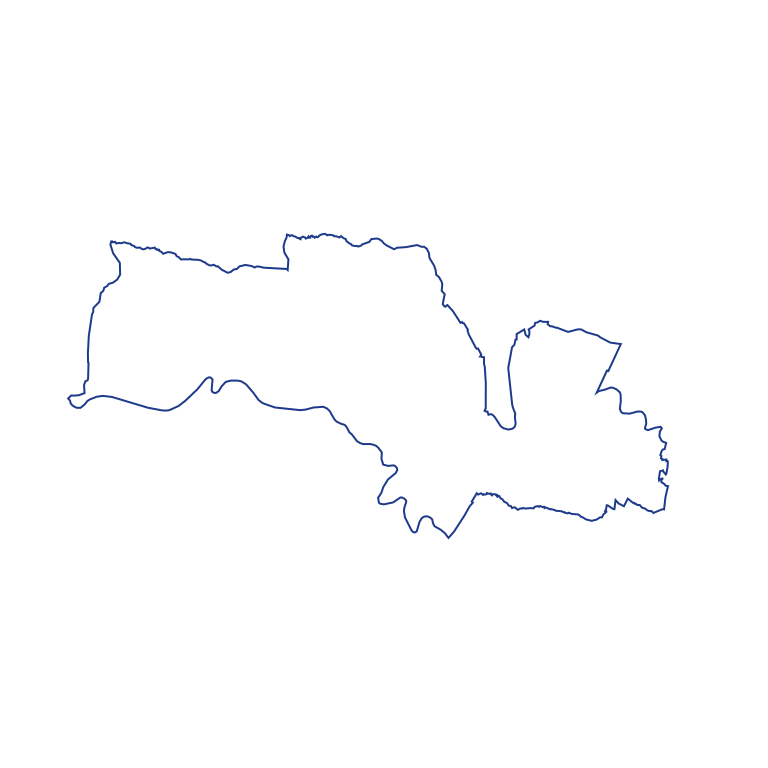 Balcesti, Vâlcea, Romania, rotated 113°
{"feature_id": "2599482B45967319864847", "entity_name": "Balcesti", "entity_type": "district", "adm_level": 2, "iso_a3": "ROU", "parent_name": "Romania", "parent_adm1": "Vâlcea", "projection": "mercator", "projection_center": [23.929, 44.618], "detail": "fine", "context": "isolated", "style": "outline", "palette": "blue", "viewbox_px": 768, "rotation_deg": 113, "n_neighbors": 0, "source": "geoboundaries", "source_scale": "gbopen_adm2", "svg_char_len": 6136}
<svg xmlns="http://www.w3.org/2000/svg" viewBox="0 0 768 768"><g transform="rotate(113 384 384)"><path d="M524.5,654.0L519.8,651.6L515.4,650.3L513.2,648.8L508.0,643.5L504.8,638.2L502.2,629.3L498.1,592.2L495.1,578.4L493.8,574.5L491.9,571.3L484.6,564.6L477.2,560.4L462.0,553.8L448.8,549.9L446.3,547.8L445.8,546.1L446.8,543.6L457.2,540.2L458.4,538.8L458.5,536.5L457.7,535.0L455.1,533.4L449.4,532.5L443.9,530.5L440.6,526.1L438.2,520.4L437.3,516.6L438.2,510.8L443.2,500.7L447.7,493.3L448.8,489.3L449.0,486.8L448.2,475.1L440.7,450.6L438.0,445.9L433.2,439.7L428.7,431.0L428.8,426.9L430.1,423.4L435.8,416.0L437.1,413.1L437.4,408.5L437.0,404.1L438.5,401.2L441.9,397.1L443.1,393.6L447.2,386.5L447.7,383.1L447.5,379.8L444.7,373.4L444.0,369.4L444.0,366.9L445.0,364.1L447.8,359.3L453.8,357.1L458.5,353.3L457.8,348.2L455.2,343.5L455.1,341.8L456.1,339.5L457.9,338.2L461.4,338.4L470.2,343.0L479.2,344.4L485.3,343.9L491.1,345.0L495.3,342.2L495.7,340.6L494.8,337.0L489.4,329.3L482.1,324.6L481.5,323.3L481.5,320.9L482.4,318.4L483.6,317.5L490.1,316.9L493.4,315.9L498.7,312.5L508.1,301.3L508.9,299.5L508.6,297.5L506.8,296.3L497.0,297.4L492.7,296.8L490.2,295.1L488.8,292.1L489.0,289.0L489.8,286.7L493.1,284.4L495.2,281.9L496.0,274.8L497.5,269.8L500.5,264.5L492.3,261.8L473.4,258.5L463.2,257.4L458.5,255.9L457.9,257.3L448.3,255.9L449.0,254.2L446.7,251.9L447.4,249.5L446.5,249.2L446.4,248.0L445.4,246.5L444.2,246.7L444.1,244.4L443.1,243.1L444.0,242.2L444.2,241.0L443.1,241.1L441.9,238.1L442.5,237.5L442.0,236.6L443.2,236.2L443.5,235.5L442.4,234.9L442.1,234.1L443.7,232.2L443.8,230.1L445.4,227.3L445.6,224.0L447.2,221.8L446.9,219.4L448.1,217.7L446.4,215.5L447.5,211.6L445.2,209.8L444.7,208.2L443.7,207.6L443.6,205.6L440.9,200.4L440.1,197.8L438.2,197.3L436.3,194.7L436.5,193.4L435.3,192.6L435.4,190.0L434.5,188.7L435.4,187.8L434.5,187.2L434.4,181.9L433.9,181.3L433.3,177.7L433.6,176.6L431.7,170.6L432.0,168.9L431.4,167.9L431.8,167.1L431.3,164.3L430.2,163.5L430.3,160.7L428.3,154.5L428.4,152.9L429.3,150.8L429.0,150.0L429.7,145.0L428.8,139.3L425.6,135.2L422.4,133.1L421.6,131.3L418.4,131.1L414.9,129.4L414.4,129.6L414.6,130.8L414.0,130.8L413.9,130.3L408.6,131.6L408.3,130.7L409.5,124.3L409.2,123.0L400.4,125.5L402.3,121.3L402.8,115.4L394.3,114.8L396.1,108.3L395.6,107.3L396.3,106.6L395.8,105.5L396.4,103.7L395.5,101.2L397.0,98.2L396.7,94.9L397.4,92.3L397.3,90.0L396.4,88.2L397.5,85.7L390.4,78.7L390.0,77.2L378.2,80.7L367.0,82.7L367.6,84.9L366.6,86.7L365.9,90.4L363.9,91.1L361.7,90.3L363.8,92.6L365.2,93.1L363.4,94.1L356.4,95.8L354.5,93.4L355.4,92.8L357.2,89.2L356.7,89.0L349.3,90.6L344.3,92.5L344.1,93.4L344.6,94.0L343.2,94.6L345.2,98.1L344.3,98.4L344.2,100.0L341.9,100.5L341.6,101.8L337.0,102.2L335.2,101.6L334.2,100.2L327.9,101.3L328.1,104.4L327.6,106.5L324.6,110.0L320.0,111.5L316.3,110.9L315.4,112.8L318.0,116.9L323.4,123.1L323.3,126.1L322.2,126.7L318.0,127.1L314.0,129.2L310.9,131.5L309.0,134.9L309.0,136.6L310.1,139.6L315.3,146.3L317.6,152.7L317.0,155.0L314.6,157.2L307.1,159.4L301.6,161.9L299.6,163.4L298.1,167.9L298.0,171.7L298.7,174.0L303.2,178.8L306.5,183.4L308.8,184.8L284.5,184.0L284.5,182.6L254.7,181.6L257.5,192.0L256.5,203.5L255.8,205.9L257.3,218.1L256.7,223.7L257.8,226.7L264.1,234.9L264.6,246.9L265.0,247.6L265.3,252.2L265.9,253.4L265.0,256.7L262.7,257.2L264.7,262.1L264.8,264.9L267.6,267.1L268.6,268.7L271.5,268.3L277.3,272.2L278.8,270.7L281.6,269.6L284.5,269.4L283.4,272.8L279.0,276.2L286.2,281.4L291.2,279.3L291.8,280.3L296.9,279.3L300.1,280.5L320.7,275.9L352.1,258.4L354.8,256.6L360.0,251.6L363.3,250.6L369.3,247.2L372.5,247.0L375.1,248.4L377.4,251.8L378.0,256.8L377.3,260.0L371.3,268.9L370.2,271.4L369.9,273.1L370.3,274.5L371.5,275.8L368.9,278.0L369.5,279.2L369.4,280.9L366.8,280.8L343.5,290.6L328.9,297.9L326.6,299.7L320.3,302.4L320.9,304.6L320.5,305.2L321.0,306.2L319.0,305.9L314.6,311.3L315.3,312.3L314.8,313.6L305.2,325.4L302.0,328.1L301.2,328.0L296.9,334.1L297.2,335.4L296.5,336.4L297.8,337.5L290.0,349.0L286.7,356.1L286.6,356.7L288.8,357.6L288.9,358.8L287.4,361.2L277.6,363.2L275.7,367.3L269.5,369.3L267.5,370.7L264.0,375.3L263.1,378.6L259.0,381.0L255.5,384.1L250.1,391.5L245.9,393.8L242.8,397.5L242.0,400.6L243.0,402.9L243.2,407.8L249.5,417.4L253.4,425.1L256.0,427.4L255.4,435.8L254.6,439.1L253.2,441.8L252.5,445.8L253.1,447.8L255.5,452.2L259.0,453.1L264.1,458.7L265.3,458.9L267.5,461.3L267.4,462.8L268.1,463.7L268.9,467.6L268.1,469.2L268.1,471.0L267.0,474.6L265.6,475.8L265.5,478.5L264.6,481.3L266.5,482.2L266.7,485.5L267.5,487.6L267.0,488.3L267.5,491.3L268.6,493.8L269.3,494.3L268.8,496.9L270.5,499.7L272.4,501.4L274.4,502.1L275.0,502.7L274.8,504.0L276.4,505.0L275.8,506.0L276.3,507.1L275.5,508.0L275.9,508.8L276.8,509.4L278.1,509.0L278.6,510.2L277.8,511.2L279.3,511.4L280.7,512.8L280.0,513.9L280.0,516.2L282.0,517.7L283.4,517.5L283.4,518.5L282.8,519.3L283.4,520.7L283.0,523.4L283.3,525.4L282.9,526.5L283.5,527.7L284.7,528.5L284.2,529.3L284.4,531.7L287.3,530.9L291.2,531.1L296.7,530.2L301.9,527.1L306.6,520.7L316.7,517.2L316.2,518.7L323.9,540.1L324.8,545.3L325.7,547.3L327.2,548.4L327.2,552.2L328.6,558.2L332.3,563.1L335.5,564.3L337.4,567.1L340.7,568.8L342.7,571.3L342.2,578.1L340.6,582.7L341.2,584.1L340.8,587.4L342.3,589.1L343.0,591.3L342.5,595.2L341.9,596.4L342.2,597.5L341.8,600.7L342.3,603.6L344.7,609.9L344.5,611.2L345.4,612.1L348.7,619.8L347.5,622.1L347.3,624.9L345.8,626.7L346.0,631.0L347.0,634.4L350.4,638.2L349.3,640.6L349.3,642.8L348.3,643.5L349.2,645.1L348.6,645.6L348.9,647.3L348.0,648.3L350.9,652.6L350.5,653.9L350.9,655.4L352.3,656.0L354.0,658.0L354.3,659.2L353.8,662.1L355.1,664.5L355.3,666.6L354.6,667.9L354.8,670.9L354.1,671.9L354.1,672.9L354.9,675.7L355.0,678.4L357.2,681.1L357.5,682.6L359.2,685.4L358.2,687.1L359.5,688.8L358.9,690.0L359.4,690.8L362.6,690.3L369.5,684.4L375.7,674.5L386.5,669.6L392.1,670.4L396.5,673.0L399.3,676.4L402.0,677.1L404.8,679.2L407.0,678.8L409.1,679.2L410.8,680.3L419.5,678.1L427.6,681.2L431.4,679.8L433.9,680.0L454.8,674.6L471.6,668.5L479.8,664.8L479.9,664.3L494.6,658.5L496.4,658.3L498.4,660.0L502.4,659.6L509.4,656.1L513.5,660.4L515.8,664.7L516.7,667.4L520.7,669.1L521.9,666.6L524.4,664.7L525.7,661.8L526.0,657.7L524.5,654.0Z" fill="none" stroke="#1e3a8a" stroke-width="2"/></g></svg>